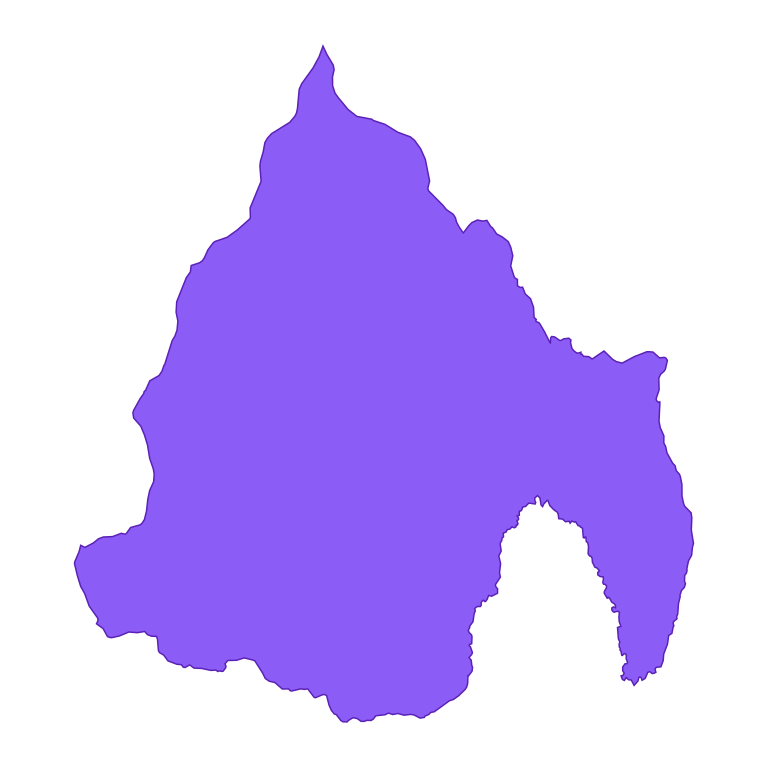 Giraldo, Antioquia, Colombia
{"feature_id": "7082276B20831515538679", "entity_name": "Giraldo", "entity_type": "district", "adm_level": 2, "iso_a3": "COL", "parent_name": "Colombia", "parent_adm1": "Antioquia", "projection": "equal_earth", "projection_center": [-75.917, 6.672], "detail": "fine", "context": "isolated", "style": "filled", "palette": "violet", "viewbox_px": 768, "rotation_deg": 0, "n_neighbors": 0, "source": "geoboundaries", "source_scale": "gbopen_adm2", "svg_char_len": 6105}
<svg xmlns="http://www.w3.org/2000/svg" viewBox="0 0 768 768"><path d="M96.5,623.8L103.1,628.6L107.5,636.6L109.3,637.3L111.6,637.7L119.3,636.0L128.9,632.0L137.2,632.7L144.7,631.5L147.4,634.6L151.5,636.2L156.5,636.4L157.5,639.3L158.4,650.5L159.5,652.6L163.7,655.1L168.0,660.9L177.0,664.3L181.3,664.6L183.3,667.2L185.1,667.5L189.7,664.9L194.0,668.1L201.4,668.4L210.9,670.4L216.0,670.1L217.8,671.5L218.9,670.9L222.1,671.4L223.2,671.1L225.6,667.9L226.0,666.2L225.0,663.8L227.8,660.5L236.5,660.3L244.3,657.9L252.7,660.0L254.9,660.9L262.5,672.9L265.3,678.5L269.2,681.2L274.8,682.5L282.3,689.0L288.5,688.9L290.3,690.7L291.7,691.0L300.6,688.9L304.8,689.4L307.7,688.8L314.2,697.4L315.5,697.7L322.6,694.7L324.9,694.6L326.6,695.6L329.1,705.3L331.4,710.4L334.3,714.0L336.3,714.6L340.8,720.5L343.0,721.8L347.2,721.9L348.5,720.4L353.0,717.7L357.3,718.6L361.0,721.3L363.9,721.4L367.3,720.3L371.1,720.5L373.4,719.0L375.8,715.8L385.2,714.7L388.3,713.1L392.8,714.5L397.9,713.5L404.1,715.2L410.5,714.4L413.9,714.9L420.1,718.1L424.3,717.4L425.2,715.9L428.8,714.5L430.6,712.5L434.4,711.7L449.5,700.7L453.4,699.5L458.7,695.7L465.3,689.3L466.7,687.0L467.7,683.3L467.9,675.7L468.5,675.9L472.0,671.3L472.6,667.4L471.8,665.5L471.2,660.1L469.0,657.6L471.9,654.2L472.4,652.5L470.5,647.0L469.2,645.3L469.5,644.5L471.7,643.7L472.0,636.8L471.6,635.0L469.2,632.5L468.3,630.3L469.8,627.2L469.6,626.3L473.0,621.7L474.1,613.9L475.3,610.9L474.7,608.5L477.3,606.5L480.4,606.5L481.2,605.2L481.2,602.7L482.0,601.2L483.5,600.2L484.9,601.6L485.8,601.2L487.1,599.4L488.6,595.5L491.6,596.2L497.5,593.3L497.6,588.9L495.6,586.3L495.5,584.5L500.4,577.1L499.5,572.7L500.6,563.7L498.8,556.0L501.2,551.0L500.1,543.6L501.8,540.4L502.0,538.1L503.5,536.9L503.3,533.2L506.3,531.8L507.1,529.7L510.0,529.0L511.9,526.9L514.3,527.8L516.0,526.8L516.4,525.1L517.1,525.2L518.0,523.9L517.0,520.7L518.5,519.6L518.5,517.7L517.1,516.0L519.3,515.3L519.3,511.3L520.9,510.9L521.8,509.8L522.7,507.1L525.6,506.4L528.8,503.1L535.2,504.0L535.7,502.3L534.8,500.4L534.8,498.0L537.5,495.6L539.9,497.9L541.1,505.1L542.6,506.6L543.7,504.1L547.1,500.5L547.9,500.5L549.8,505.6L554.0,509.9L557.3,512.2L558.3,514.7L558.7,518.7L562.6,519.1L565.4,521.7L569.2,521.3L570.1,523.2L571.8,521.1L574.5,522.1L575.7,521.8L578.0,525.6L580.0,526.1L580.4,527.0L582.5,528.2L583.3,537.5L584.2,538.0L585.0,537.0L585.9,537.2L586.3,541.7L587.6,542.5L587.9,543.4L588.5,546.4L588.1,553.7L588.6,554.7L589.8,556.1L590.8,556.2L592.1,558.2L592.4,562.2L594.9,567.2L597.0,568.0L599.4,570.8L597.7,572.5L597.9,575.0L600.3,576.6L603.2,576.9L603.4,579.1L602.8,582.7L603.6,584.2L605.2,584.4L606.5,585.8L606.4,587.8L604.4,591.4L604.2,593.1L607.1,598.1L607.8,598.1L608.1,597.3L609.5,598.0L611.7,602.1L614.5,603.9L615.6,605.9L615.4,607.7L613.6,606.9L611.9,607.8L611.8,609.8L612.9,611.6L614.2,612.2L617.5,611.2L619.4,612.2L618.9,616.9L619.2,621.6L620.9,626.3L617.5,627.5L618.4,638.9L619.8,641.9L619.1,644.2L619.3,647.0L620.2,648.3L620.0,650.0L621.0,651.3L621.7,655.2L622.3,655.5L624.3,653.6L625.8,653.9L626.3,655.7L626.2,658.9L627.5,662.1L626.8,663.8L625.0,663.8L622.7,667.0L622.7,670.7L624.2,673.3L622.8,675.5L621.1,675.8L621.3,676.6L622.4,679.4L624.3,680.5L626.3,677.6L628.5,679.7L631.3,680.1L634.1,685.4L637.9,681.1L638.7,677.9L639.7,677.0L640.9,677.3L642.1,680.3L645.2,678.4L647.8,672.3L649.8,671.7L652.3,673.6L654.2,673.2L655.9,672.3L655.0,669.0L656.3,667.3L660.9,666.8L663.2,660.6L663.7,654.1L667.5,644.0L668.7,635.4L671.9,633.4L673.2,626.8L673.9,625.9L673.2,623.7L673.5,621.7L677.0,618.7L676.6,616.6L677.7,614.2L678.5,603.5L680.2,596.5L679.9,595.4L681.6,590.3L684.3,587.5L685.5,583.7L684.5,581.2L684.7,575.4L686.4,573.1L687.0,570.8L686.9,568.4L688.5,560.9L691.6,555.3L692.4,547.5L693.5,543.3L691.3,530.1L691.8,517.8L691.1,512.8L684.6,506.2L683.5,503.2L682.0,496.2L681.9,484.4L680.4,476.8L679.5,474.3L676.3,470.7L675.1,465.8L672.6,463.1L667.0,452.9L665.7,446.7L663.8,442.9L663.9,435.9L660.3,427.8L659.0,421.2L659.9,403.0L659.7,401.8L658.6,402.4L656.7,400.8L656.1,398.9L659.1,389.9L658.8,378.1L660.6,374.3L664.4,370.9L665.5,368.8L667.4,360.3L665.9,358.1L664.4,357.4L659.4,357.8L653.1,352.1L648.6,351.7L646.7,351.8L634.4,356.6L622.1,363.1L616.3,361.6L612.7,359.4L604.0,351.0L592.2,359.0L588.7,356.6L583.5,356.3L582.0,354.3L581.0,354.3L580.9,352.2L578.6,353.1L576.6,352.9L574.2,351.1L572.0,348.6L570.5,342.4L571.0,340.1L568.8,338.2L563.6,338.9L560.9,340.5L559.5,340.3L554.6,336.9L551.7,336.5L550.7,337.7L550.4,342.9L549.8,342.4L544.7,332.1L540.1,324.2L538.9,322.6L536.3,321.7L535.8,320.3L536.3,319.5L534.1,317.4L533.5,307.1L530.5,298.7L525.3,294.0L522.6,287.2L520.1,287.4L517.5,285.8L517.4,279.4L515.2,278.2L514.1,276.6L510.7,265.9L512.8,255.8L510.8,247.4L508.3,241.7L502.5,237.1L496.6,233.9L492.6,228.0L490.7,226.5L486.9,220.4L482.9,221.1L477.4,220.0L471.9,222.6L468.7,225.8L463.4,232.8L462.8,232.3L459.0,226.8L456.4,221.7L455.5,217.9L453.3,214.4L446.4,209.6L443.0,205.4L428.6,190.9L427.8,188.4L429.6,180.9L425.3,159.3L420.7,148.9L414.5,140.3L410.4,136.9L397.5,132.1L384.9,124.3L373.4,120.5L371.8,119.2L356.8,116.4L348.0,109.4L338.4,97.8L335.1,93.3L332.6,85.7L332.5,76.9L334.1,69.8L333.3,65.2L326.7,54.1L323.0,46.1L319.0,57.0L313.0,68.0L301.7,83.7L299.2,89.3L297.5,108.1L296.6,112.7L294.9,116.2L289.8,122.3L271.5,133.7L267.4,138.2L264.9,142.6L263.1,152.3L260.5,161.0L259.9,165.9L261.1,181.3L250.1,208.0L250.4,217.2L249.9,218.8L237.4,229.9L227.1,237.3L214.9,241.5L213.2,242.8L207.9,249.9L204.5,257.5L202.3,260.8L199.5,262.8L191.2,265.5L190.4,271.9L186.3,277.7L176.7,301.7L176.1,312.2L177.9,321.1L177.0,330.2L174.9,336.1L172.2,340.6L164.6,364.8L164.0,365.2L162.0,371.1L159.1,375.5L149.8,380.8L145.7,390.1L144.1,391.7L143.8,393.5L140.2,398.5L133.7,410.2L132.9,412.9L133.7,418.1L140.8,426.2L144.4,434.8L147.5,445.0L149.7,458.5L153.2,468.5L154.2,474.0L153.6,481.8L149.7,490.4L147.8,499.3L146.5,511.2L144.4,519.6L142.0,523.3L140.0,524.9L130.6,527.5L126.4,533.4L125.1,534.2L121.3,533.3L112.5,536.6L103.3,537.0L98.5,538.8L93.3,543.0L84.9,547.4L80.7,545.3L79.1,551.6L74.8,561.7L74.5,563.6L77.3,575.4L80.7,586.5L84.7,593.6L89.2,606.1L97.9,618.4L97.9,620.8L96.5,623.8Z" fill="#8b5cf6" stroke="#5b21b6" stroke-width="1.5"/></svg>